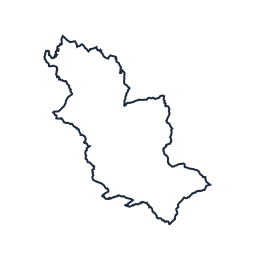 Tenango de Doria, Hidalgo, Mexico, rotated 260°
{"feature_id": "50627088B36443984556774", "entity_name": "Tenango de Doria", "entity_type": "district", "adm_level": 2, "iso_a3": "MEX", "parent_name": "Mexico", "parent_adm1": "Hidalgo", "projection": "albers", "projection_center": [-98.207, 20.337], "detail": "fine", "context": "isolated", "style": "outline", "palette": "slate", "viewbox_px": 256, "rotation_deg": 260, "n_neighbors": 0, "source": "geoboundaries", "source_scale": "gbopen_adm2", "svg_char_len": 5766}
<svg xmlns="http://www.w3.org/2000/svg" viewBox="0 0 256 256"><g transform="rotate(260 128 128)"><path d="M57.9,199.0L61.4,195.8L64.5,195.3L66.0,195.8L66.4,195.3L66.6,193.2L68.5,192.8L69.6,191.2L73.0,190.1L74.5,188.6L75.3,186.6L76.5,184.6L77.3,181.5L78.4,180.0L79.6,177.2L80.0,177.0L81.0,177.4L82.4,177.4L83.0,177.0L83.4,176.4L83.5,171.3L82.7,169.2L82.6,167.4L82.2,166.5L82.2,165.0L82.3,164.6L83.0,164.3L85.4,161.9L86.5,162.0L87.2,161.4L87.9,161.4L90.5,162.1L92.1,162.1L93.8,161.4L96.0,159.3L98.3,159.3L99.3,158.9L101.2,159.1L101.5,160.0L102.0,160.1L102.5,160.8L102.7,161.6L103.3,162.4L103.6,162.6L104.1,162.4L104.6,162.6L105.3,165.6L105.2,166.6L106.6,167.8L107.3,167.8L107.8,168.4L108.5,168.5L109.2,168.3L110.8,168.3L111.8,167.9L113.1,169.0L115.2,169.9L117.1,170.4L118.3,170.1L119.1,170.6L119.7,171.5L121.4,170.4L122.3,170.4L123.1,169.8L125.1,169.5L126.3,167.6L127.6,167.4L128.3,166.9L129.2,167.8L130.5,168.4L133.7,170.8L135.8,171.5L136.6,171.2L138.3,171.3L139.1,172.1L141.8,171.6L142.6,170.8L142.9,169.0L143.2,168.6L143.6,168.5L145.3,169.3L145.7,169.3L146.7,168.1L148.3,168.9L149.2,168.1L151.4,168.5L153.0,169.2L153.9,168.2L153.9,165.9L153.3,164.5L152.7,164.3L152.3,163.7L152.1,162.4L152.2,161.2L151.8,159.9L152.2,159.2L153.4,158.3L153.5,157.4L153.2,156.6L153.3,155.5L154.1,154.2L153.8,152.6L153.0,151.9L152.6,150.9L153.1,148.9L153.1,147.1L153.5,146.2L153.5,144.6L154.1,143.5L153.6,142.3L153.4,139.6L152.5,137.4L152.7,135.5L152.3,134.2L152.9,132.1L152.4,130.9L150.8,129.6L150.6,128.3L151.0,128.1L152.2,128.7L155.7,129.3L156.9,130.3L159.5,131.1L160.8,132.1L161.7,132.1L164.2,134.3L165.5,134.7L166.5,136.3L167.3,136.4L168.7,135.0L170.6,133.9L171.4,132.8L172.4,132.0L175.1,132.3L177.4,133.1L178.4,133.0L182.3,134.1L183.8,133.8L184.6,132.6L185.9,132.5L185.8,132.0L185.3,131.9L185.5,131.4L185.2,130.9L183.4,130.7L183.7,129.7L185.3,130.5L187.3,130.8L189.0,131.7L190.5,130.9L193.6,130.2L195.1,128.4L195.9,128.1L197.6,128.5L198.2,127.8L199.2,128.6L200.2,128.3L202.5,123.3L201.4,121.6L199.8,120.5L200.7,118.7L202.7,116.5L205.8,115.7L207.0,114.6L207.6,114.5L208.7,115.0L208.7,114.1L209.7,114.1L209.4,113.5L209.4,112.6L209.6,111.9L210.3,111.4L210.7,111.6L211.9,110.7L213.1,111.0L212.2,107.1L212.3,104.6L211.5,104.3L211.5,103.7L210.3,102.4L213.4,100.6L214.4,99.4L215.5,99.3L218.3,97.6L218.4,96.6L217.5,95.4L217.1,94.3L217.2,92.6L216.8,92.0L217.4,91.9L218.2,92.2L222.6,90.9L222.6,85.9L225.2,83.3L229.9,79.8L227.1,77.9L222.6,77.5L221.8,77.1L221.7,76.5L222.4,75.7L220.7,74.4L220.5,72.7L218.4,72.1L217.7,73.3L216.0,72.7L216.7,71.4L216.0,70.9L216.1,70.5L215.0,69.7L213.3,70.3L213.0,69.7L212.6,70.4L212.3,69.4L211.7,68.5L211.3,69.7L210.9,69.4L211.1,68.5L210.2,68.0L209.8,65.6L209.9,65.3L210.9,64.6L212.8,64.0L213.6,62.8L214.3,62.8L215.1,63.4L217.5,63.4L218.1,62.4L217.6,61.5L217.6,61.0L217.9,60.6L217.0,60.4L215.7,59.3L214.4,59.2L212.6,58.0L211.3,58.4L210.3,58.0L208.6,59.1L207.2,59.1L206.6,59.9L204.7,61.1L203.9,61.2L202.7,60.9L202.4,61.2L202.2,62.8L202.4,64.8L202.1,65.8L200.5,68.3L199.6,68.6L197.9,68.1L197.8,68.4L196.8,68.2L195.9,67.4L194.9,67.3L193.4,66.5L191.8,67.1L190.4,66.9L190.3,67.3L190.9,67.9L190.4,68.8L189.4,68.9L187.9,68.5L188.0,69.5L186.7,70.3L186.6,71.4L185.6,72.5L185.0,73.6L185.2,74.5L184.7,75.2L183.9,75.6L183.2,75.4L181.5,76.1L180.0,77.3L179.2,77.4L178.1,77.0L175.8,77.9L175.7,78.3L174.3,77.6L171.8,78.8L171.0,78.8L168.7,74.1L165.4,71.5L163.4,70.9L160.3,68.5L159.5,66.9L157.7,64.7L156.4,62.1L156.9,59.1L156.8,57.7L156.4,57.0L154.1,58.3L153.5,58.4L153.0,59.5L152.5,59.8L149.9,59.1L149.1,62.3L149.2,64.1L148.2,64.2L147.6,65.1L144.6,66.1L144.2,67.2L143.9,67.4L143.4,70.1L141.8,72.0L142.0,73.2L141.7,73.7L138.9,74.9L138.4,75.9L137.6,76.3L137.0,77.7L136.2,77.6L135.5,78.1L135.3,79.2L132.3,79.5L130.6,80.3L129.4,80.1L129.0,82.0L127.0,84.1L124.4,84.5L123.8,84.0L122.5,83.7L121.8,82.4L121.0,82.3L120.5,83.0L120.1,84.5L117.4,85.6L117.1,85.9L116.7,87.0L115.8,85.3L115.6,84.2L115.0,83.8L113.2,83.6L112.8,82.4L111.2,81.7L109.5,81.4L107.9,82.1L107.4,81.6L105.2,80.8L104.6,81.3L104.4,81.9L102.6,82.4L101.9,82.2L101.1,82.7L100.9,83.8L100.3,84.8L98.7,85.6L97.8,86.5L96.8,86.8L96.5,87.7L96.0,87.7L95.6,88.0L94.1,87.3L93.4,87.3L93.1,85.6L91.4,85.3L90.3,85.9L89.2,85.2L87.5,85.7L85.8,84.3L83.0,84.6L81.0,87.2L80.8,87.9L80.1,88.3L79.5,90.0L79.1,90.2L78.4,91.7L76.9,93.3L75.4,94.5L73.0,95.4L71.8,96.6L72.0,97.2L70.5,97.9L68.8,97.6L67.7,94.3L66.0,91.0L65.2,90.9L64.9,91.2L64.8,92.6L63.6,92.7L63.2,93.2L62.3,93.5L61.9,94.6L61.9,95.6L61.4,96.3L61.5,97.0L62.5,97.4L62.3,97.9L61.5,98.8L62.0,99.7L62.1,101.1L62.5,101.8L62.2,102.8L62.4,102.9L62.8,105.1L62.7,106.3L63.3,106.6L63.1,107.8L61.9,109.4L61.4,110.8L61.7,111.8L59.6,113.9L57.4,118.9L56.1,120.3L54.7,117.7L54.6,116.9L53.8,116.0L53.6,114.9L52.5,114.5L52.6,112.0L52.4,111.9L51.6,113.0L50.3,115.7L50.3,116.6L51.0,118.9L50.8,119.7L51.6,120.1L51.3,121.3L51.7,122.1L51.8,122.9L51.1,123.9L51.1,124.8L51.8,126.1L51.5,127.2L52.2,127.6L52.1,128.4L52.6,128.6L52.4,129.6L52.6,129.8L51.1,132.6L51.1,133.6L49.5,133.9L49.0,134.8L48.2,134.7L47.8,135.4L47.0,135.7L46.2,135.2L46.0,136.7L45.0,137.3L44.2,137.6L41.6,137.8L41.2,138.3L40.4,138.3L39.8,139.5L38.9,139.9L36.3,141.1L35.3,140.8L34.8,141.3L34.0,141.4L33.6,142.8L33.7,143.8L33.3,144.7L32.3,145.4L31.6,145.4L31.0,146.2L31.1,146.6L30.7,147.5L29.2,147.9L29.1,149.1L29.5,149.9L28.8,151.4L27.8,151.9L26.3,151.9L26.1,152.3L29.6,157.4L30.1,158.5L31.5,158.5L33.9,159.8L34.3,160.2L34.2,160.9L34.5,161.3L36.2,161.9L38.6,161.4L39.8,161.4L40.5,162.1L41.2,163.8L43.7,163.9L45.3,165.3L47.0,168.1L49.9,171.2L48.8,172.7L48.7,173.8L49.5,175.1L49.3,176.3L50.7,177.6L51.6,179.3L52.5,180.0L52.6,182.0L52.9,182.4L52.6,183.3L53.7,184.2L53.6,184.9L54.0,186.5L53.4,187.2L53.6,188.2L53.3,189.5L53.9,190.7L53.9,191.9L53.6,192.4L55.0,193.7L57.4,195.0L57.9,199.0Z" fill="none" stroke="#1e293b" stroke-width="2"/></g></svg>